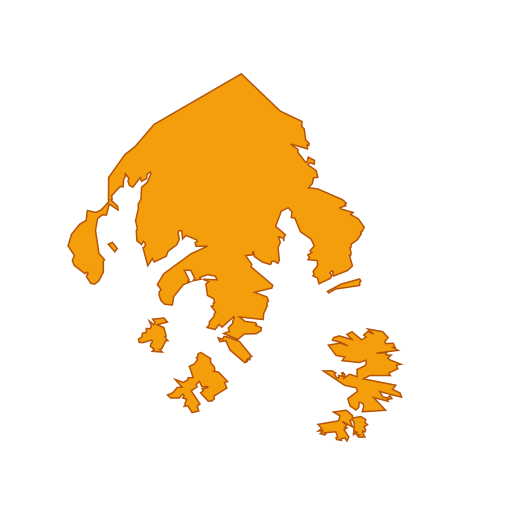 outline of Måsøy nor, Finnmark, Norway, rotated 198°
{"feature_id": "86288312B81169350398117", "entity_name": "Måsøy nor", "entity_type": "district", "adm_level": 2, "iso_a3": "NOR", "parent_name": "Norway", "parent_adm1": "Finnmark", "projection": "albers", "projection_center": [24.684, 70.867], "detail": "fine", "context": "isolated", "style": "filled", "palette": "amber", "viewbox_px": 512, "rotation_deg": 198, "n_neighbors": 0, "source": "geoboundaries", "source_scale": "gbopen_adm2", "svg_char_len": 6136}
<svg xmlns="http://www.w3.org/2000/svg" viewBox="0 0 512 512"><g transform="rotate(198 256 256)"><path d="M437.9,207.5L428.9,200.4L429.3,194.9L426.0,190.9L413.4,186.4L411.1,188.4L410.3,187.4L411.1,184.3L404.7,178.9L400.7,179.5L397.8,183.8L396.2,193.4L399.6,204.0L398.8,205.6L406.2,210.0L416.6,230.8L418.2,242.8L414.8,247.6L410.9,248.7L411.6,260.0L401.4,257.2L403.1,260.6L411.3,264.5L410.4,265.5L411.9,268.8L406.6,280.2L403.8,280.6L405.5,287.9L404.8,291.6L406.2,294.3L400.9,290.5L400.9,287.5L398.2,284.0L394.4,283.3L390.4,294.8L387.9,291.7L384.0,295.8L384.8,300.0L382.5,303.3L381.4,302.0L382.1,292.5L386.1,286.0L383.0,274.6L384.1,268.9L382.6,265.0L381.4,252.2L377.5,245.9L377.6,242.8L373.9,233.6L368.4,231.5L367.5,235.3L365.3,233.7L364.5,232.4L364.9,229.8L366.1,229.1L355.9,213.2L353.7,221.6L351.0,218.9L341.3,228.0L341.0,233.6L334.9,242.0L334.1,248.0L337.1,253.7L337.1,256.3L334.5,257.2L331.1,249.6L328.9,254.0L317.5,253.0L316.3,251.5L318.1,249.9L316.0,246.7L305.0,250.5L318.3,238.2L338.2,210.7L341.0,198.3L335.9,194.7L337.0,191.9L336.1,188.8L332.7,184.3L328.1,181.9L320.4,183.5L321.7,192.0L316.2,206.4L310.5,211.1L313.0,210.9L312.3,212.6L319.8,220.3L313.6,222.2L307.4,216.0L308.2,213.0L301.1,217.0L302.9,218.1L296.3,223.3L288.6,224.2L285.5,221.3L299.4,217.5L293.0,216.9L295.0,213.9L290.0,203.5L283.3,202.4L280.9,199.0L282.0,198.1L281.2,195.3L283.1,194.4L276.9,190.2L277.8,188.5L277.3,185.5L280.0,178.9L279.2,176.8L280.4,172.9L272.2,173.4L270.0,179.4L266.3,177.9L258.4,191.3L257.5,190.9L258.0,186.8L257.2,185.2L260.1,178.9L258.0,176.2L262.8,172.3L247.4,171.1L243.0,178.2L231.9,182.1L228.1,186.4L228.8,189.5L234.9,189.9L234.3,191.3L235.8,192.4L246.0,190.4L253.0,192.9L229.5,197.8L230.9,203.6L229.9,212.6L231.3,214.6L230.2,216.9L232.9,220.4L246.2,221.0L231.0,230.4L231.1,233.4L257.4,244.2L257.4,246.7L266.0,253.2L259.4,256.1L260.4,258.5L259.7,259.2L257.4,255.0L248.0,252.2L240.1,252.3L239.1,253.3L239.4,255.7L236.9,256.8L233.0,255.7L232.5,259.1L237.6,270.8L237.1,276.4L240.5,281.2L235.5,281.3L234.2,278.8L235.2,282.2L234.6,285.2L246.5,290.4L245.8,306.5L240.2,311.9L235.3,309.0L234.3,303.4L230.9,304.2L221.3,292.9L208.7,289.0L203.7,283.5L206.3,277.6L203.9,276.5L207.1,273.1L204.6,271.1L205.4,268.6L196.3,270.6L194.5,265.9L196.9,259.1L195.1,256.0L195.8,254.7L190.7,254.1L187.5,249.0L178.2,257.9L178.0,261.2L180.6,262.8L179.9,264.6L178.5,265.3L176.1,260.9L164.6,270.3L161.2,276.4L167.4,285.5L166.2,285.7L166.4,288.1L169.1,292.7L168.4,293.4L169.1,296.6L164.5,303.0L162.7,309.8L164.0,311.1L162.7,312.1L162.0,316.8L170.2,323.0L178.9,324.7L177.1,327.4L190.1,327.0L191.1,327.9L186.2,331.5L187.4,332.1L186.4,334.1L191.2,336.3L218.3,338.9L227.1,337.1L224.8,342.3L225.4,348.2L221.5,350.0L225.1,355.7L234.9,358.8L233.9,361.4L229.0,361.3L229.9,365.0L236.8,366.2L236.6,361.2L237.6,360.3L248.2,367.5L248.9,370.2L257.8,373.2L240.0,373.8L241.7,377.4L239.9,377.4L240.1,379.3L244.8,382.0L249.4,391.7L252.6,393.4L253.7,398.1L277.8,401.3L326.3,424.7L393.6,349.7L404.7,322.9L412.0,312.0L420.4,285.2L413.0,261.6L417.2,252.5L421.6,248.0L430.4,247.1L428.5,237.4L433.4,231.9L438.1,219.8L437.9,207.5ZM120.3,142.5L113.4,140.4L111.5,143.7L112.6,148.9L108.7,148.8L107.1,146.2L106.8,140.7L85.1,149.3L100.3,157.7L85.5,158.7L86.9,160.0L82.7,162.4L85.4,164.5L87.3,161.6L92.0,161.3L96.7,165.3L73.9,166.7L76.6,170.2L84.9,171.4L83.1,176.3L116.0,172.3L110.9,177.5L91.3,183.8L93.6,185.8L86.3,192.5L88.8,195.6L84.7,197.8L96.8,198.6L99.2,199.7L96.8,203.5L101.7,202.1L101.9,204.4L111.5,200.8L91.7,210.2L97.6,211.4L95.5,212.3L98.5,215.4L105.8,212.7L107.0,214.3L105.1,219.2L112.1,223.2L127.2,221.1L120.0,217.9L126.3,218.9L129.1,214.1L126.2,212.8L129.7,208.9L141.3,213.6L145.3,209.6L138.9,206.3L152.3,205.7L156.8,202.5L157.4,199.6L148.4,200.0L140.8,199.0L149.1,199.1L159.6,193.6L149.2,186.2L140.3,187.3L141.8,183.1L124.8,186.6L119.5,190.8L118.0,188.3L118.3,185.6L124.8,179.3L122.6,172.4L130.4,172.5L134.6,166.9L134.6,170.2L137.0,172.1L138.4,171.1L135.7,168.4L140.7,168.0L139.5,165.7L141.8,165.1L145.1,168.2L144.1,169.5L148.2,170.3L156.4,167.5L131.8,160.4L119.9,161.6L117.7,158.7L124.6,148.7L120.3,142.5ZM274.7,92.6L268.4,87.3L262.5,90.9L265.5,94.9L263.5,97.9L276.0,107.7L271.6,113.4L273.2,115.3L271.1,119.3L267.0,114.9L261.6,117.0L261.1,115.9L266.2,113.1L264.4,112.0L266.4,108.7L256.7,103.2L253.4,104.3L251.4,107.4L252.6,109.8L242.9,121.5L246.9,126.0L244.2,127.8L255.8,134.1L260.5,133.3L259.7,134.2L261.2,137.5L266.3,140.7L267.5,144.5L278.6,147.2L281.0,144.9L280.4,142.1L281.3,140.9L279.5,139.4L281.2,134.5L285.3,130.4L278.2,121.0L283.0,119.2L282.5,117.3L286.0,113.4L294.6,113.6L285.8,108.3L290.3,106.6L292.9,100.2L297.3,96.5L293.3,94.6L285.0,97.2L283.0,102.2L281.0,100.7L281.9,98.3L277.7,98.3L277.9,93.1L276.4,91.8L278.7,90.2L274.7,92.6ZM138.8,108.6L140.0,106.9L135.3,107.0L134.3,109.4L137.1,108.7L125.9,113.4L122.3,109.2L123.8,108.0L122.7,106.4L117.9,107.0L119.1,108.1L115.4,110.4L112.4,108.2L111.8,112.5L118.6,118.1L116.3,120.5L118.6,120.4L117.4,122.9L122.8,125.3L111.3,123.2L115.8,128.8L113.4,130.0L110.6,126.7L108.1,116.3L106.2,118.7L107.0,119.8L105.4,119.7L105.3,117.1L102.3,117.9L103.5,116.1L102.0,115.5L96.5,117.5L100.0,120.9L100.3,122.7L98.1,122.1L97.8,124.3L100.5,127.0L97.8,130.0L100.9,131.3L101.1,134.4L106.7,135.7L114.4,131.6L114.8,133.9L122.4,137.3L134.1,131.5L126.7,129.9L126.5,124.8L145.0,115.0L140.2,112.3L142.6,108.8L137.9,111.1L139.6,109.1L138.8,108.6ZM325.3,133.3L315.4,135.7L318.7,137.3L316.9,138.8L315.6,147.6L313.6,148.2L317.6,150.8L316.6,151.9L321.5,159.5L328.7,160.1L319.8,165.8L324.3,168.6L334.8,164.0L331.5,161.6L331.9,159.2L337.4,161.1L333.8,157.1L334.2,154.2L338.0,153.1L336.6,149.6L340.2,147.4L339.6,143.5L342.1,140.7L340.4,137.8L337.1,138.5L329.1,143.8L327.8,142.4L328.9,140.2L328.5,137.4L324.1,136.0L325.3,133.3ZM251.6,158.5L233.8,151.1L232.2,152.2L231.5,154.2L232.8,153.8L232.1,155.7L229.7,155.7L230.8,157.8L229.0,159.1L245.4,169.6L258.6,170.2L261.6,169.6L262.2,166.4L266.7,166.5L263.9,163.3L258.5,166.1L251.6,158.5ZM150.4,266.2L166.7,255.3L177.1,244.4L175.5,243.3L170.1,249.2L148.3,260.0L149.3,263.3L148.4,264.5L150.4,266.2ZM400.2,221.6L391.6,216.4L390.3,220.2L396.8,224.6L400.2,221.6Z" fill="#f59e0b" stroke="#b45309" stroke-width="1.5"/></g></svg>